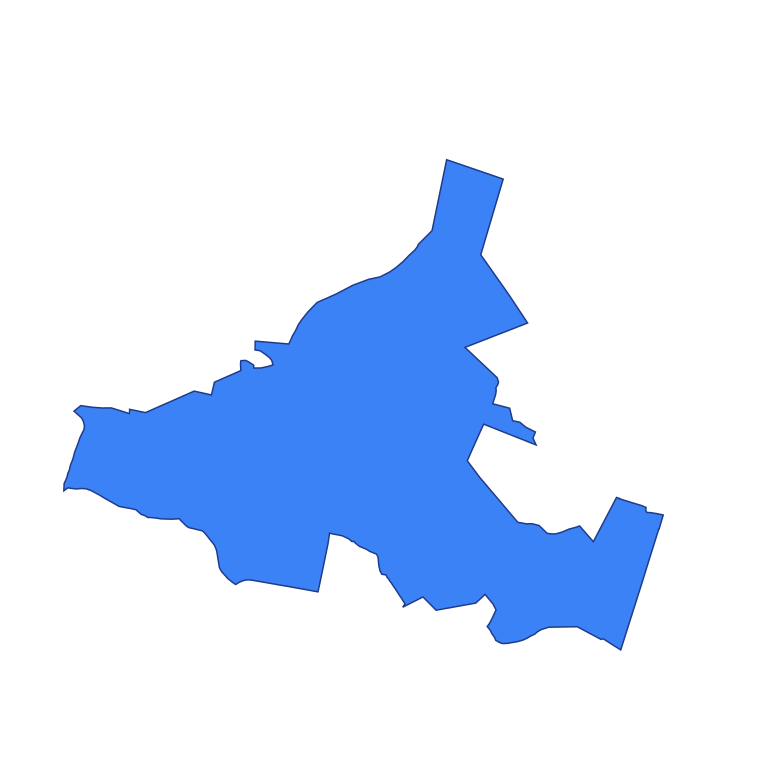 Reyes Etla, Oaxaca, Mexico (Albers equal-area conic projection), rotated 101°
{"feature_id": "50627088B16389783257433", "entity_name": "Reyes Etla", "entity_type": "district", "adm_level": 2, "iso_a3": "MEX", "parent_name": "Mexico", "parent_adm1": "Oaxaca", "projection": "albers", "projection_center": [-96.814, 17.21], "detail": "fine", "context": "isolated", "style": "filled", "palette": "blue", "viewbox_px": 768, "rotation_deg": 101, "n_neighbors": 0, "source": "geoboundaries", "source_scale": "gbopen_adm2", "svg_char_len": 4170}
<svg xmlns="http://www.w3.org/2000/svg" viewBox="0 0 768 768"><g transform="rotate(101 384 384)"><path d="M549.9,677.9L546.1,674.3L546.2,671.7L545.7,665.8L544.3,661.1L543.7,656.3L544.6,650.9L547.2,642.4L549.8,635.4L554.7,620.6L554.7,614.4L554.6,608.4L554.7,603.6L558.3,597.5L558.8,593.8L560.1,590.2L559.7,588.2L559.2,583.9L558.9,576.8L557.2,566.6L555.7,560.6L555.2,559.3L557.1,557.1L557.9,555.6L559.2,553.8L560.3,552.1L561.4,550.4L562.3,547.6L562.3,546.2L562.4,542.2L562.6,538.6L562.7,535.4L562.7,534.9L563.5,533.1L564.3,531.9L565.9,529.8L568.0,527.3L568.1,527.2L570.2,524.8L572.7,521.8L573.5,520.9L574.3,520.0L575.5,519.1L577.2,517.9L579.9,516.3L580.8,516.0L584.1,514.8L590.0,512.6L592.7,511.6L594.9,510.8L595.8,510.4L598.8,508.0L600.3,506.1L605.1,499.8L605.4,499.0L607.4,495.3L608.4,493.1L609.1,491.4L607.9,490.0L607.1,489.2L605.9,487.8L604.1,485.0L603.0,482.9L602.1,479.6L601.8,477.0L601.6,467.9L601.4,458.5L601.4,456.3L601.4,455.3L601.3,453.9L601.3,452.5L601.3,451.5L601.3,450.8L601.0,438.3L600.9,430.1L600.8,424.9L600.7,412.2L600.6,409.1L572.7,408.7L570.2,408.7L551.2,408.5L550.6,408.5L547.1,408.7L540.8,409.0L541.0,405.6L540.9,399.8L541.0,395.8L542.7,389.2L543.2,388.2L543.6,387.4L544.6,385.7L544.8,385.3L544.5,384.3L544.2,383.6L545.4,382.1L547.0,379.2L548.1,377.0L549.4,370.6L549.5,370.2L549.6,369.4L549.9,368.7L550.2,368.1L551.0,366.1L551.2,365.2L551.3,364.4L551.5,363.6L552.0,361.4L552.1,360.3L552.3,359.3L553.0,358.5L553.7,357.8L554.2,357.5L554.7,357.2L555.5,356.7L556.1,356.5L556.9,356.3L557.8,356.0L558.9,355.7L560.1,355.4L561.0,355.1L562.4,354.6L564.1,354.1L564.8,353.7L565.6,353.4L566.5,353.0L567.4,352.6L568.4,352.2L568.9,351.6L569.5,351.0L570.1,350.7L571.1,350.1L571.1,349.5L571.1,347.3L571.0,345.7L571.6,345.2L573.1,344.2L573.7,343.3L574.9,342.0L576.3,340.7L577.9,338.9L579.3,337.5L580.8,336.0L581.7,335.1L582.6,334.1L583.3,333.4L584.4,332.5L585.4,331.4L585.5,331.3L586.6,330.3L587.6,329.4L589.1,327.9L590.8,326.1L592.4,324.7L595.8,321.4L599.5,323.0L585.6,305.1L596.1,289.7L581.6,252.2L575.8,247.9L571.2,244.7L579.1,235.1L584.4,230.9L589.9,232.3L593.3,233.1L599.0,234.8L602.4,236.4L603.3,235.3L605.2,233.0L608.6,230.3L611.5,227.3L614.3,225.4L615.6,221.6L616.1,219.4L616.0,217.1L614.9,212.9L613.0,208.0L611.7,204.4L609.0,199.0L606.3,195.1L603.5,192.0L600.9,188.4L598.1,186.2L595.4,183.3L591.3,175.9L585.4,148.0L593.3,122.2L592.3,120.1L594.3,115.1L596.0,110.9L596.1,110.6L597.2,107.8L598.8,103.5L599.9,100.9L549.8,95.1L529.8,92.8L514.1,91.1L474.0,86.6L474.0,86.3L459.3,84.9L459.2,90.6L459.2,91.6L459.4,98.0L459.9,101.3L459.0,102.5L457.8,102.9L455.2,103.2L454.9,104.5L454.2,107.7L453.9,110.7L453.1,118.8L451.7,131.1L451.4,131.0L451.0,134.1L498.8,148.4L491.2,158.3L490.3,159.4L489.4,160.6L486.7,164.0L486.0,165.0L487.7,167.6L491.2,174.8L495.4,181.0L498.3,186.7L499.2,191.1L499.4,195.4L495.8,200.9L493.3,204.9L492.9,212.0L494.1,217.5L494.2,226.3L457.5,272.1L443.5,287.6L429.8,284.5L404.4,278.5L414.8,223.1L412.4,224.8L408.6,227.5L404.5,226.6L402.2,226.2L401.4,229.3L399.3,236.6L398.1,238.8L397.1,240.7L395.6,243.4L395.5,250.7L383.8,256.0L383.1,266.4L382.9,270.0L382.7,273.5L381.7,273.4L373.0,272.4L369.2,272.6L366.2,273.4L362.5,272.1L360.1,272.0L356.2,274.2L332.6,311.5L296.7,254.7L272.5,278.5L238.7,313.7L163.1,306.4L160.1,306.1L159.2,312.8L151.9,365.3L224.3,366.1L240.4,377.0L243.0,377.5L246.5,379.2L252.3,383.5L260.4,388.8L267.6,394.6L273.2,400.1L279.7,408.5L284.1,418.9L292.9,433.3L300.5,442.8L305.2,448.7L316.7,465.2L327.7,472.4L336.5,477.0L341.8,479.3L348.5,481.0L354.4,483.1L359.6,484.2L361.3,484.7L362.9,485.1L365.9,513.1L366.5,518.6L375.2,517.1L375.0,511.9L377.8,505.6L380.1,501.2L382.1,498.8L386.4,496.6L388.8,501.0L391.7,507.7L393.2,514.8L390.4,515.5L388.2,520.8L387.2,524.2L388.4,528.9L391.0,528.8L394.9,527.9L398.1,527.1L414.6,550.8L427.7,551.3L427.2,569.0L457.6,612.7L457.4,628.9L459.5,628.5L461.6,628.4L459.5,647.1L461.3,655.9L462.5,665.9L463.1,677.6L469.8,683.1L471.9,679.6L475.0,674.4L477.3,672.5L479.5,671.3L482.2,670.1L486.0,669.8L489.0,670.7L494.7,672.2L501.9,673.2L510.2,674.7L517.2,675.1L523.3,676.3L528.6,676.5L532.1,677.3L535.5,677.4L538.4,677.9L542.6,679.0L549.9,677.9Z" fill="#3b82f6" stroke="#1e3a8a" stroke-width="1.5"/></g></svg>